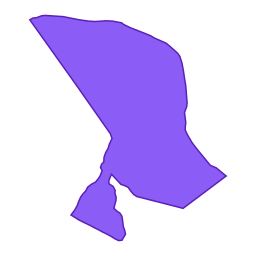 outline of Sampaio, Tocantins, Brazil
{"feature_id": "56859067B23367383514430", "entity_name": "Sampaio", "entity_type": "district", "adm_level": 2, "iso_a3": "BRA", "parent_name": "Brazil", "parent_adm1": "Tocantins", "projection": "mercator", "projection_center": [-47.925, -5.341], "detail": "fine", "context": "isolated", "style": "filled", "palette": "violet", "viewbox_px": 256, "rotation_deg": 0, "n_neighbors": 0, "source": "geoboundaries", "source_scale": "gbopen_adm2", "svg_char_len": 1316}
<svg xmlns="http://www.w3.org/2000/svg" viewBox="0 0 256 256"><path d="M226.2,176.0L223.3,173.7L216.3,167.9L210.3,165.3L196.5,148.5L192.1,142.7L187.5,134.9L185.2,130.0L185.3,126.5L185.8,122.7L184.5,112.4L186.6,107.0L187.1,103.0L186.1,90.4L185.7,85.4L184.5,78.2L183.4,70.7L182.0,63.2L179.8,56.3L177.7,53.3L171.8,48.0L166.3,43.3L154.3,38.0L150.6,35.7L146.1,33.9L130.8,27.9L123.9,24.6L121.6,22.8L112.5,21.1L106.5,20.8L95.2,21.5L89.4,21.2L79.2,19.8L63.1,16.6L44.7,15.4L41.6,15.8L36.7,17.6L32.8,18.1L29.8,19.8L75.1,83.4L110.4,133.8L112.0,138.6L109.4,144.0L108.0,148.6L105.7,152.5L104.0,157.4L103.8,161.9L101.6,164.2L100.5,167.3L102.1,170.7L100.3,175.5L98.5,178.4L95.5,182.1L91.5,184.2L87.7,187.1L85.7,191.0L83.2,193.6L80.7,197.0L78.9,200.9L77.2,205.6L74.6,210.2L71.0,215.0L79.5,220.3L90.6,225.7L94.3,227.7L98.7,229.9L102.9,232.2L106.1,233.7L110.8,236.2L114.9,238.8L118.7,240.6L122.1,240.2L123.7,237.2L125.5,234.3L124.7,230.3L123.3,226.6L122.9,223.0L122.5,219.8L121.9,216.1L119.8,213.0L117.3,211.4L114.0,208.4L114.9,204.3L116.0,200.4L116.1,197.0L115.0,193.7L115.1,190.2L113.1,186.4L108.9,183.7L108.9,180.4L110.1,177.5L111.5,174.3L114.9,177.9L117.9,181.1L120.9,184.4L124.9,185.7L128.2,187.4L130.5,190.8L133.9,194.7L137.0,196.6L179.5,207.4L183.0,208.4L226.2,176.0Z" fill="#8b5cf6" stroke="#5b21b6" stroke-width="1.5"/></svg>